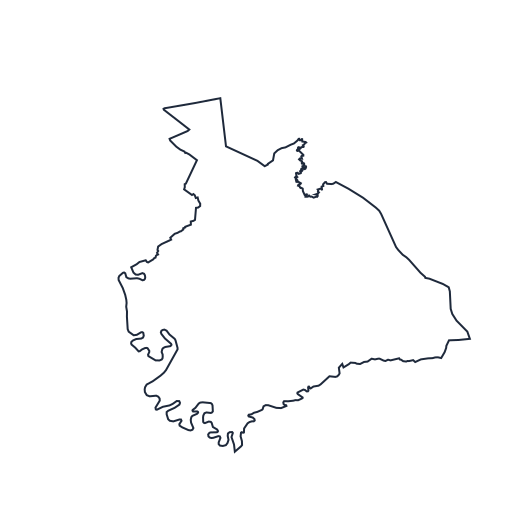 the district of Kamalasai, Kalasin, Thailand, rotated 64°
{"feature_id": "78962969B55465518750669", "entity_name": "Kamalasai", "entity_type": "district", "adm_level": 2, "iso_a3": "THA", "parent_name": "Thailand", "parent_adm1": "Kalasin", "projection": "natural_earth1", "projection_center": [103.585, 16.288], "detail": "fine", "context": "isolated", "style": "outline", "palette": "slate", "viewbox_px": 512, "rotation_deg": 64, "n_neighbors": 0, "source": "geoboundaries", "source_scale": "gbopen_adm2", "svg_char_len": 6157}
<svg xmlns="http://www.w3.org/2000/svg" viewBox="0 0 512 512"><g transform="rotate(64 256 256)"><path d="M422.6,360.8L420.5,352.8L419.8,351.4L416.2,349.8L411.3,348.9L408.2,346.9L408.1,346.0L409.2,345.1L409.3,344.2L405.8,342.3L402.7,336.9L402.4,334.6L402.8,332.2L403.6,330.5L403.3,329.3L402.0,328.9L399.8,329.7L397.0,332.9L396.1,332.9L395.5,332.1L396.3,329.4L396.0,326.5L396.7,323.2L396.9,318.2L396.7,317.3L394.4,315.1L394.3,312.7L395.4,310.5L401.4,304.3L403.7,300.1L404.1,294.4L403.4,294.3L402.3,295.7L401.1,296.1L399.5,295.6L398.8,294.4L400.7,290.7L402.4,285.9L402.8,283.8L404.1,281.4L404.2,277.5L404.1,276.4L403.6,276.1L398.4,279.0L397.4,279.0L396.9,278.5L396.8,272.0L397.9,270.7L399.9,269.8L400.4,268.7L400.0,267.9L397.0,266.8L396.4,266.1L396.6,265.6L398.5,265.4L399.0,265.0L398.5,261.6L400.0,256.6L399.7,254.2L396.3,242.7L399.5,237.6L399.8,235.7L399.0,233.5L398.1,232.3L392.7,230.5L390.8,225.8L394.5,226.2L393.9,219.9L393.3,217.7L395.6,213.7L397.0,212.6L398.7,209.8L398.6,205.3L399.8,202.0L399.0,197.1L401.1,194.4L401.9,191.0L402.5,189.9L405.9,187.2L407.1,185.7L407.1,182.8L408.8,180.8L410.7,172.2L412.0,172.1L412.9,171.0L415.0,169.9L416.7,167.3L416.8,165.8L417.5,164.6L418.5,160.4L421.1,159.4L421.2,153.1L423.4,146.3L425.2,142.1L425.7,139.4L426.8,136.9L428.9,134.3L425.1,128.6L422.0,125.4L420.2,124.3L416.4,119.5L420.3,110.7L424.2,100.1L416.6,99.2L402.0,104.1L394.2,105.0L388.9,104.2L372.8,97.3L368.6,96.5L363.2,100.2L352.4,110.1L349.9,113.4L348.8,113.2L343.2,115.5L326.5,120.1L323.1,121.4L319.2,123.6L313.0,125.5L309.4,126.2L273.1,125.1L269.4,125.4L265.0,127.1L250.5,134.3L236.1,143.4L224.5,151.8L224.9,154.8L224.5,156.5L222.2,160.5L220.2,160.7L219.9,161.6L221.0,164.3L222.6,164.8L222.4,166.6L225.1,167.5L225.0,167.9L223.8,168.0L223.3,171.4L224.3,171.3L225.4,172.2L226.4,171.6L227.1,173.1L226.8,175.4L228.0,173.8L229.1,174.2L229.6,175.1L229.1,175.9L228.8,178.6L226.9,180.0L226.5,181.2L224.9,181.8L225.4,183.4L224.4,185.6L223.8,185.3L223.6,183.9L223.0,183.3L222.6,183.8L222.9,184.9L222.5,185.5L218.3,185.4L215.9,184.5L214.6,185.4L214.4,186.1L213.6,186.4L212.4,186.2L211.2,187.4L210.5,186.6L210.7,184.4L210.3,183.8L207.6,185.6L207.5,186.6L207.0,187.2L205.7,186.9L206.5,186.1L206.1,185.6L202.5,186.5L202.3,186.0L203.2,185.0L203.1,184.3L201.7,184.8L201.0,184.1L199.6,184.0L199.0,183.5L199.4,182.1L200.9,181.6L201.2,179.4L200.8,179.1L199.1,179.2L199.0,178.7L199.8,177.6L199.6,177.1L198.5,177.9L197.5,177.0L197.6,176.4L199.3,174.1L199.1,173.1L197.9,171.9L197.3,171.8L196.9,172.3L198.1,173.4L198.2,174.2L196.3,175.1L195.7,175.0L195.7,174.0L195.0,172.6L193.9,172.2L193.4,172.6L193.5,173.6L193.1,174.2L192.4,174.1L192.1,173.3L191.0,173.1L189.5,174.4L188.0,174.9L187.6,173.7L188.7,172.0L186.3,171.6L186.1,170.9L186.6,169.5L185.9,169.1L180.1,171.2L179.7,172.8L179.1,173.0L178.7,172.7L178.1,171.2L177.1,170.8L176.8,170.2L177.4,169.4L178.9,170.0L178.9,169.2L178.1,167.4L178.8,165.5L178.4,165.1L177.0,165.3L176.8,163.7L176.0,162.4L176.0,161.2L175.3,161.4L173.4,164.2L171.2,163.3L171.0,163.6L171.5,165.1L171.3,165.8L170.6,166.2L169.6,165.8L169.4,166.3L170.4,168.2L171.5,172.6L171.2,175.9L171.3,181.9L170.3,185.7L170.4,190.1L171.8,194.6L177.5,198.8L178.4,205.0L179.0,205.3L179.1,208.8L171.1,213.0L144.3,234.9L98.5,218.9L91.6,244.4L83.1,273.5L83.2,274.6L84.2,274.7L113.1,260.5L113.7,262.6L112.8,282.3L114.6,282.5L122.8,279.7L127.2,277.4L130.8,274.5L132.4,274.4L132.6,273.5L135.5,271.4L144.0,267.1L160.2,287.3L160.2,288.6L162.9,289.8L164.6,291.4L173.1,286.8L172.9,285.1L174.6,284.4L177.5,284.7L177.8,282.8L181.0,283.5L184.5,283.2L186.6,284.3L187.1,286.8L186.4,288.8L196.8,295.0L197.0,296.8L196.4,299.5L199.3,300.8L198.7,306.8L199.3,307.1L199.2,309.3L200.3,309.7L200.9,312.8L200.6,313.6L200.8,316.4L200.4,319.3L202.0,325.0L204.1,325.1L203.9,335.6L204.6,339.8L207.4,341.9L208.6,341.7L209.8,343.6L211.7,343.4L211.6,344.7L212.0,345.9L213.4,347.0L213.3,348.5L214.0,349.9L214.5,355.8L213.5,356.7L211.5,357.0L210.3,363.4L211.1,366.9L211.4,373.1L217.2,373.4L219.9,372.3L221.2,370.2L221.6,365.6L222.9,364.4L224.6,364.3L226.6,364.9L227.8,365.8L228.4,367.1L228.1,368.6L225.4,370.7L223.8,372.7L221.3,379.0L220.2,380.5L218.2,381.8L214.2,381.1L213.0,381.8L212.8,383.0L214.0,387.6L215.3,389.1L217.4,390.0L226.4,389.8L233.6,390.6L238.6,391.8L241.5,392.9L244.7,394.9L249.4,396.3L253.9,398.6L265.5,403.4L268.2,403.6L273.6,400.7L274.6,397.7L274.2,392.6L274.7,391.5L275.6,391.0L278.4,391.8L279.8,393.3L279.9,395.3L278.1,400.1L278.0,403.7L278.6,405.7L279.7,406.5L281.0,406.7L285.5,404.7L290.3,403.3L290.6,402.2L290.0,399.4L290.1,396.1L290.7,394.5L291.3,393.9L294.5,393.5L295.6,394.1L297.4,396.3L298.8,396.6L305.8,392.0L307.6,388.5L307.7,386.1L307.0,384.9L305.6,384.0L303.6,383.1L300.9,382.9L298.6,381.0L298.0,379.6L298.0,377.4L299.5,372.4L298.8,370.9L297.7,370.8L290.2,374.0L284.6,375.2L282.9,375.0L281.7,373.7L281.6,372.2L282.0,370.6L283.9,369.1L288.6,368.2L294.8,365.4L296.4,365.3L304.2,366.8L305.5,367.4L319.1,386.9L320.5,389.9L321.7,394.3L323.3,403.6L323.6,410.6L325.3,413.2L327.0,414.5L329.6,415.5L333.2,415.2L335.5,413.1L337.8,406.9L339.6,405.5L341.8,405.1L343.8,405.9L348.2,412.8L350.0,413.3L350.7,412.5L350.7,405.8L352.4,399.2L352.4,395.6L351.6,390.8L352.8,388.6L354.7,388.7L356.0,390.0L356.8,395.7L356.6,402.7L357.1,404.7L359.1,405.7L364.2,406.5L366.3,405.7L368.4,402.8L369.4,396.4L370.1,395.1L371.5,395.2L373.5,398.6L375.0,399.0L377.7,397.4L382.8,393.1L384.1,391.3L384.3,389.3L383.2,387.7L377.3,387.4L374.7,386.5L372.5,384.8L371.8,383.3L372.0,378.2L371.4,376.7L370.6,376.5L369.9,377.0L368.2,380.7L367.2,380.9L366.6,380.4L365.9,377.0L363.5,372.2L363.3,370.4L364.1,368.1L368.4,361.1L369.8,360.5L371.3,360.6L376.7,362.9L377.3,364.0L377.3,365.4L374.9,369.1L374.7,371.2L376.2,373.2L377.8,374.3L382.0,376.2L383.0,376.0L383.8,375.2L384.1,371.0L385.3,369.3L386.6,369.0L390.8,369.7L394.9,367.0L396.7,366.9L397.2,367.5L397.3,368.4L394.7,374.1L394.5,375.3L395.4,377.2L397.3,377.8L398.9,377.2L400.1,375.8L400.7,374.0L401.4,368.8L402.3,367.6L403.9,367.7L407.1,371.2L408.7,372.0L410.6,371.5L412.2,369.1L412.8,366.0L411.6,363.6L409.2,361.3L405.3,360.3L403.2,359.0L402.8,356.9L403.8,354.6L404.9,354.4L408.0,357.4L415.8,358.4L422.6,360.8Z" fill="none" stroke="#1e293b" stroke-width="2"/></g></svg>